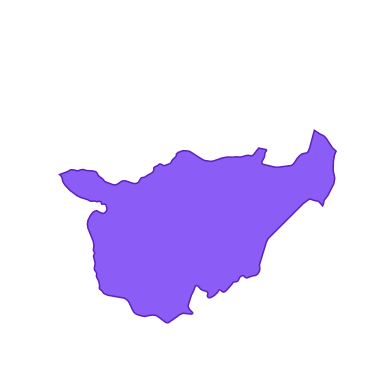 the Prefecture of Ombella-M'Poko, rotated 136°
{"feature_id": "CAF-4856", "entity_name": "Ombella-M'Poko", "entity_type": "Prefecture", "adm_level": 1, "iso_a3": "CAF", "parent_name": "Central African Republic", "parent_adm1": "", "projection": "albers", "projection_center": [18.055, 4.882], "detail": "fine", "context": "isolated", "style": "filled", "palette": "violet", "viewbox_px": 384, "rotation_deg": 136, "n_neighbors": 0, "source": "natural_earth", "source_scale": "10m", "svg_char_len": 3932}
<svg xmlns="http://www.w3.org/2000/svg" viewBox="0 0 384 384"><g transform="rotate(136 192 192)"><path d="M325.8,186.8L323.4,189.1L322.0,191.0L320.8,193.4L319.9,196.6L319.4,197.6L318.6,198.5L317.6,199.2L316.9,200.1L316.1,204.0L314.7,205.5L312.9,206.6L311.0,208.2L307.5,214.2L307.1,214.5L305.1,215.3L304.7,215.6L304.4,215.8L303.3,218.8L299.8,221.6L297.3,225.1L292.0,238.2L289.6,241.6L286.3,244.0L281.5,245.6L279.4,246.0L277.4,246.2L275.3,245.8L273.4,244.6L272.8,242.4L272.0,240.3L271.0,238.6L269.8,237.7L267.4,237.7L265.7,238.2L264.1,240.0L263.3,241.7L262.8,242.9L263.6,244.4L265.4,246.0L264.3,248.1L264.9,249.4L267.4,251.3L268.2,253.1L271.1,255.5L271.7,256.6L272.2,258.6L275.9,265.4L277.3,269.4L278.7,278.1L278.6,284.6L278.2,287.1L277.5,289.5L275.3,293.0L275.1,295.3L275.2,296.6L267.1,293.0L264.5,292.5L263.5,292.0L262.6,291.1L261.0,289.0L260.4,287.8L259.6,286.8L258.6,286.1L257.1,285.5L255.5,284.6L254.4,283.4L254.0,282.8L253.7,282.1L252.8,280.5L248.5,275.8L247.4,274.0L246.9,272.6L247.7,269.9L247.9,268.6L247.8,267.2L247.2,264.1L247.2,262.7L247.5,260.7L247.4,259.8L243.6,251.8L242.5,250.6L241.2,249.8L239.0,249.2L235.9,248.8L234.7,248.4L233.3,247.5L231.8,245.8L228.7,239.7L227.4,237.9L225.8,236.7L223.7,236.2L222.1,236.6L220.3,237.2L218.8,237.4L217.6,237.0L216.5,235.9L215.3,235.4L214.0,235.2L212.9,235.1L212.0,234.9L209.4,234.1L207.1,233.6L205.8,233.7L205.2,233.8L204.6,234.1L204.1,234.4L203.5,235.0L203.0,235.7L202.1,236.0L201.1,235.9L198.8,235.0L197.7,234.8L196.4,234.8L195.7,234.5L195.0,233.6L194.6,232.6L194.3,231.2L193.9,230.5L193.1,229.9L188.1,227.8L187.0,227.8L185.9,228.0L185.0,228.4L183.7,228.7L179.0,228.7L178.1,229.0L177.7,229.4L177.2,229.9L176.7,230.2L175.6,230.2L174.3,230.0L171.3,228.8L169.7,227.9L166.8,224.8L165.9,223.5L165.2,222.0L161.9,208.0L160.9,205.7L157.3,201.1L156.3,200.3L154.9,199.4L146.8,195.6L142.5,192.8L138.2,188.5L135.6,186.5L133.4,184.0L132.2,183.0L127.4,180.4L126.1,179.4L124.9,177.9L124.5,176.9L123.1,176.3L122.0,176.1L113.5,177.3L109.3,171.2L109.2,170.9L109.2,170.5L109.3,170.3L109.5,170.1L110.1,169.9L111.5,169.7L112.2,169.5L112.8,169.1L114.3,167.8L115.4,167.1L116.8,166.4L120.5,165.3L121.4,164.6L121.8,163.8L121.8,162.8L115.2,152.5L113.1,150.2L102.7,142.5L101.4,141.8L99.7,141.7L97.3,142.1L93.2,143.1L89.2,143.4L86.5,143.0L84.6,142.0L82.1,140.2L79.8,140.6L76.2,142.3L61.1,151.4L59.6,144.7L58.4,141.6L58.1,139.8L58.2,137.2L60.3,126.2L60.0,121.2L63.7,119.7L68.9,115.9L74.7,110.2L76.3,108.4L78.1,105.1L79.9,102.6L84.1,99.5L96.7,95.1L102.4,94.3L103.3,93.9L104.2,93.3L105.2,92.4L107.7,91.3L107.4,96.4L107.8,98.0L110.0,101.0L111.9,105.0L114.3,105.7L120.0,106.4L169.5,105.6L173.5,104.2L193.3,93.2L194.2,92.5L195.0,91.6L195.8,90.5L196.9,89.3L198.6,88.2L201.6,87.4L203.3,87.6L204.7,88.1L206.7,89.6L212.1,92.0L212.7,92.7L213.0,93.8L213.0,95.5L213.2,96.2L213.8,96.7L215.0,97.4L216.2,97.5L217.3,97.3L219.5,96.5L220.9,96.2L221.9,96.4L222.9,97.0L224.7,98.3L225.3,98.5L225.8,98.4L226.2,98.2L227.0,98.0L235.2,97.3L237.3,97.4L238.5,97.8L239.1,98.3L239.3,98.9L239.5,99.8L239.5,100.7L239.6,101.6L239.9,102.2L240.4,102.7L240.8,102.8L242.1,102.3L243.7,102.0L246.9,102.0L249.2,102.3L251.0,102.8L252.2,103.3L253.0,103.8L253.4,104.4L253.6,104.9L253.6,105.5L253.4,106.0L253.2,106.5L252.9,106.9L252.5,107.1L251.6,107.7L251.1,108.0L250.7,108.4L250.5,109.2L250.6,110.0L251.1,111.3L252.5,113.6L252.9,114.7L253.2,116.1L253.1,119.7L253.2,120.7L253.9,121.7L254.6,121.9L255.6,121.7L259.3,119.9L264.1,118.2L272.8,113.5L273.9,112.6L274.6,111.6L275.0,110.5L275.3,109.1L275.4,107.7L275.3,105.3L275.5,104.5L276.1,104.1L277.3,104.6L282.7,111.0L286.4,112.5L288.2,112.5L299.8,114.4L300.9,115.3L301.6,117.0L303.2,127.0L304.3,129.1L305.9,130.9L309.4,133.5L311.7,134.7L312.7,135.6L314.0,137.4L316.2,141.2L317.1,143.6L317.3,145.4L316.9,147.9L314.2,155.7L313.7,158.2L313.9,160.6L314.7,163.1L324.2,176.1L325.8,179.9L325.9,180.3L325.5,183.7L325.8,186.7L325.8,186.8L325.8,186.8Z" fill="#8b5cf6" stroke="#5b21b6" stroke-width="1.5"/></g></svg>